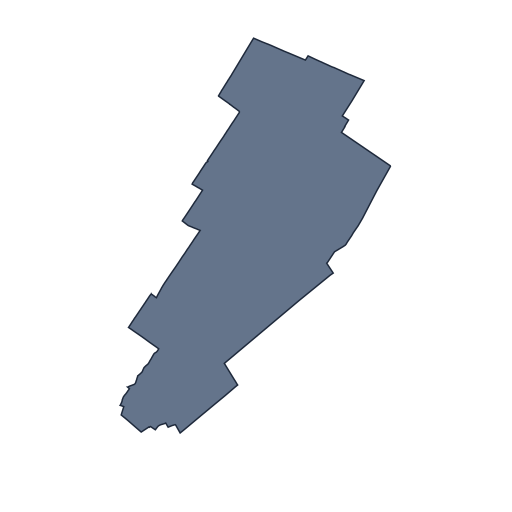 outline of Brastavatu, Olt, Romania, rotated 291°
{"feature_id": "2599482B94016729374346", "entity_name": "Brastavatu", "entity_type": "district", "adm_level": 2, "iso_a3": "ROU", "parent_name": "Romania", "parent_adm1": "Olt", "projection": "robinson", "projection_center": [24.396, 43.91], "detail": "fine", "context": "isolated", "style": "filled", "palette": "slate", "viewbox_px": 512, "rotation_deg": 291, "n_neighbors": 0, "source": "geoboundaries", "source_scale": "gbopen_adm2", "svg_char_len": 4895}
<svg xmlns="http://www.w3.org/2000/svg" viewBox="0 0 512 512"><g transform="rotate(291 256 256)"><path d="M458.5,294.1L458.9,281.4L459.0,278.5L458.9,278.1L459.9,260.9L459.8,260.6L459.8,258.8L460.9,240.7L461.5,232.9L459.0,232.4L456.6,231.9L457.1,216.5L457.3,208.4L457.7,200.4L457.9,196.4L458.0,194.6L458.1,184.6L458.2,182.6L458.4,178.0L458.5,175.7L457.5,175.5L447.4,173.7L426.4,170.0L424.7,169.7L416.9,168.3L416.5,168.3L415.5,168.1L412.3,167.4L410.9,167.2L410.5,167.0L408.0,166.6L406.2,166.2L405.7,166.1L402.5,165.5L399.4,164.9L398.7,164.7L397.5,164.5L396.3,164.4L395.6,164.2L394.4,164.0L393.7,163.9L393.1,163.8L392.4,163.7L392.0,163.6L391.9,163.7L391.8,163.9L391.5,165.2L391.4,165.5L390.9,167.4L390.7,168.1L390.2,170.0L389.9,171.3L389.8,171.5L389.6,172.4L389.2,174.0L388.8,175.6L388.5,176.6L388.3,177.3L388.2,177.3L388.2,177.5L388.0,178.2L387.8,179.0L387.6,179.7L387.3,180.5L387.2,181.0L386.9,181.9L386.8,182.4L386.7,182.8L386.6,183.1L386.5,183.7L386.2,184.6L386.1,185.0L385.9,185.8L385.7,186.4L385.5,187.1L385.3,187.6L385.2,188.2L384.9,188.7L384.5,188.9L384.0,189.0L382.2,188.6L379.4,188.0L376.7,187.4L374.6,187.0L373.5,186.7L372.2,186.4L371.9,186.3L370.5,186.0L367.7,185.4L365.1,184.9L362.3,184.2L360.1,183.8L357.6,183.2L357.2,183.2L356.8,183.1L354.9,182.7L352.1,182.0L349.1,181.3L346.8,180.8L342.2,179.8L339.0,179.0L336.9,178.6L336.1,178.4L332.5,177.6L330.4,177.1L328.0,176.6L327.7,176.5L327.3,176.9L327.1,177.2L326.7,177.1L326.4,176.8L326.2,176.5L325.8,176.3L325.3,176.0L323.4,175.5L321.0,175.0L317.5,174.2L316.5,174.0L315.7,173.8L312.6,173.2L306.9,171.9L303.3,171.1L301.7,170.7L300.2,170.6L299.9,172.5L299.6,174.7L299.2,176.8L299.0,178.5L298.8,179.7L298.6,180.8L298.3,182.5L293.1,181.4L287.4,180.2L285.5,179.8L285.0,179.6L282.3,179.0L282.1,179.0L280.8,178.7L272.2,176.8L265.2,175.2L263.7,174.8L262.3,174.6L260.2,181.6L260.1,182.6L260.1,184.1L260.1,185.5L260.0,187.3L260.0,189.3L260.0,191.0L259.9,192.1L259.9,193.5L259.9,194.7L255.9,193.8L249.8,192.3L248.4,192.0L245.9,191.5L244.9,191.2L243.8,191.0L242.7,190.7L240.2,190.2L237.6,189.5L233.2,188.6L229.0,187.5L222.8,186.2L216.7,184.8L213.9,184.1L208.6,182.8L205.6,182.1L204.7,181.9L203.4,181.6L201.8,181.2L201.3,181.2L201.1,181.2L200.7,181.0L200.5,180.9L199.9,180.8L199.2,180.6L198.2,180.4L196.8,180.1L195.4,179.8L193.5,179.5L192.6,179.3L191.4,179.2L189.2,178.9L187.7,178.7L186.2,178.5L184.0,178.2L181.6,178.0L181.4,178.0L181.6,176.6L182.0,175.8L182.3,174.4L182.6,173.5L182.8,172.7L182.8,172.2L183.1,171.8L182.7,171.8L182.3,171.6L181.7,171.3L181.2,171.2L180.2,170.9L178.8,170.6L176.5,170.1L175.3,169.8L174.0,169.5L173.3,169.4L172.8,169.3L172.4,169.2L171.9,169.0L171.4,168.9L170.3,168.7L169.1,168.4L168.3,168.2L167.4,168.0L166.2,167.7L165.2,167.5L163.8,167.2L163.2,167.0L161.3,166.6L159.2,166.1L158.6,166.0L157.6,165.7L156.4,165.5L155.1,165.1L153.9,164.8L152.1,164.5L151.0,164.2L150.2,164.0L149.1,163.8L147.3,163.4L145.0,162.9L143.9,162.7L143.6,162.6L141.7,170.4L140.5,175.4L138.9,181.7L137.3,187.5L136.7,189.9L136.2,191.9L135.2,195.9L134.5,198.4L133.6,198.3L132.6,198.1L131.4,197.8L130.8,197.5L130.3,197.3L130.0,197.0L129.5,196.5L128.9,196.2L128.4,195.9L127.7,195.7L123.7,195.1L122.7,195.0L121.1,194.7L119.5,194.4L118.9,194.4L118.2,194.3L117.3,194.1L117.0,194.0L116.5,193.9L115.9,193.6L115.4,193.3L114.7,192.9L114.2,192.6L113.7,192.4L113.1,192.1L112.4,191.8L112.0,191.6L111.7,191.5L111.2,191.4L110.5,191.4L109.5,191.3L109.1,191.3L108.3,191.3L107.8,191.3L107.3,191.2L106.7,191.1L106.3,191.0L105.4,190.5L104.3,190.0L103.1,189.3L102.4,189.0L101.7,188.5L101.3,188.5L100.9,188.7L100.4,188.8L100.0,188.7L99.5,188.7L99.2,188.7L98.7,188.8L97.8,188.9L97.0,188.9L96.4,188.9L95.4,189.0L94.3,189.0L93.6,188.9L93.1,188.7L92.8,188.5L92.3,188.2L92.0,187.7L91.4,187.1L90.7,186.3L90.1,185.6L89.0,184.4L88.3,183.8L87.7,183.3L87.6,183.1L86.7,185.4L85.9,185.2L85.1,185.0L84.5,184.8L83.5,184.6L82.2,184.3L80.7,183.9L79.7,183.5L78.9,183.2L78.1,183.0L77.3,182.8L76.7,182.7L76.1,182.7L75.3,182.7L74.6,182.7L73.8,182.7L72.9,182.9L72.3,183.0L72.0,183.0L70.9,183.0L69.6,182.9L69.3,182.9L68.7,182.8L68.2,182.8L67.9,182.7L68.0,185.3L68.0,186.5L67.3,186.6L59.3,187.1L56.8,194.6L50.5,211.9L58.0,217.3L57.8,217.7L57.8,217.8L59.0,218.6L58.7,219.9L57.7,224.3L58.0,224.4L58.4,224.5L59.2,224.7L59.6,224.8L59.8,224.9L61.8,225.5L62.8,226.1L63.5,226.7L64.4,227.6L66.6,230.5L67.7,231.6L64.7,235.3L64.8,235.4L67.7,238.5L69.6,241.0L69.4,241.6L63.6,248.6L69.2,251.8L87.4,261.9L100.6,269.3L114.4,277.1L126.6,283.7L129.0,285.1L129.6,284.2L131.9,281.3L132.6,280.3L144.4,264.9L169.9,279.0L229.9,312.2L264.8,332.2L267.7,334.2L274.6,324.6L275.9,325.1L288.1,327.8L295.9,333.9L298.0,335.4L299.4,335.9L301.4,336.2L309.2,338.0L312.5,338.5L318.7,340.0L320.7,340.5L322.6,340.8L329.3,341.9L350.7,344.3L360.4,345.4L370.7,346.9L387.8,349.4L388.4,348.9L402.0,291.5L408.6,292.7L408.7,292.4L416.1,293.7L417.7,286.4L435.4,290.0L458.5,294.1Z" fill="#64748b" stroke="#1e293b" stroke-width="1.5"/></g></svg>